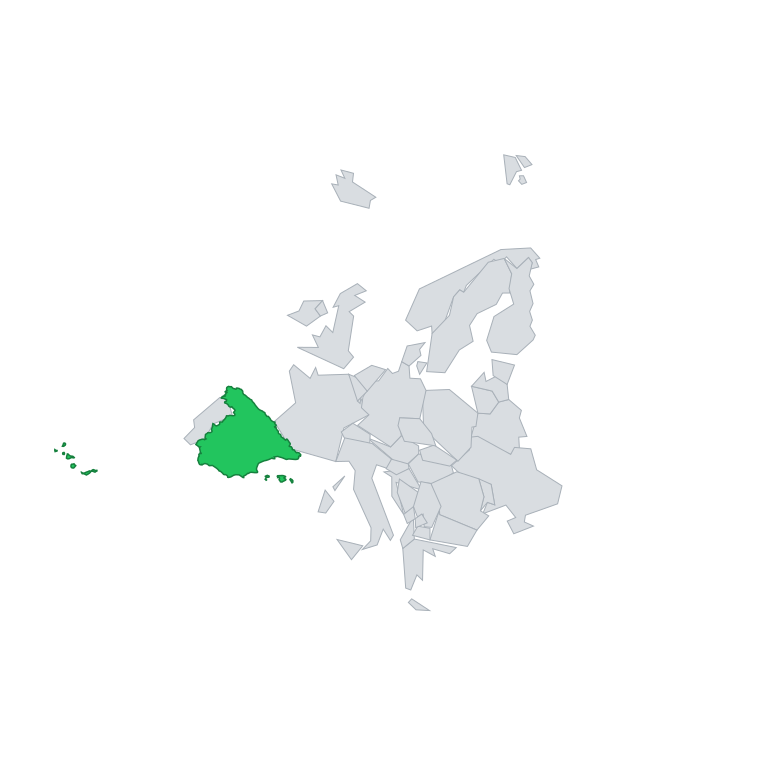 Spain highlighted on a map of Europe, rotated 40°
{"feature_id": "ESP", "entity_name": "Spain", "entity_type": "country or territory", "adm_level": 0, "iso_a3": "ESP", "parent_name": "Europe", "parent_adm1": "", "projection": "orthographic", "projection_center": [-5.186, 35.705], "detail": "fine", "context": "in_parent", "style": "filled", "palette": "green", "viewbox_px": 768, "rotation_deg": 40, "n_neighbors": 37, "source": "natural_earth", "source_scale": "50m", "svg_char_len": 13416}
<svg xmlns="http://www.w3.org/2000/svg" viewBox="0 0 768 768"><g transform="rotate(40 384 384)"><path d="M328.4,131.5L338.9,126.1L352.0,131.9L349.0,136.2L352.3,150.5L349.6,151.5L328.4,131.5ZM427.3,194.8L422.3,202.0L419.6,195.8L413.4,194.2L411.6,210.1L396.1,207.8L395.6,217.3L388.0,217.8L383.7,255.6L386.1,262.5L381.5,263.2L381.3,272.5L391.7,300.9L388.4,314.4L383.2,309.0L375.2,322.0L359.5,321.2L350.0,288.4L387.1,205.9L408.9,185.5L422.5,187.5L420.2,191.2L427.3,194.8ZM356.3,120.8L352.5,127.9L338.4,124.0L345.9,119.1L356.3,120.8ZM363.7,138.0L361.2,142.5L356.4,141.9L356.6,139.5L353.9,137.5L357.0,134.8L363.7,138.0Z" fill="#d9dde1" stroke="#a8b0b8" stroke-width="1"/><path d="M350.7,399.2L392.3,417.3L381.5,443.4L396.9,474.4L354.5,493.4L324.1,483.3L328.4,455.2L303.2,435.0L302.4,427.3L323.8,427.2L321.0,415.3L327.9,419.6L350.7,399.2ZM410.9,495.6L413.1,479.6L414.9,497.2L410.9,495.6Z" fill="#d9dde1" stroke="#a8b0b8" stroke-width="1"/><path d="M388.4,314.4L390.0,289.3L381.3,272.5L381.5,263.2L386.1,262.5L385.6,223.7L395.3,210.6L411.0,217.5L421.7,233.6L416.3,238.2L418.8,250.8L410.1,270.2L411.9,284.2L424.8,294.0L419.8,309.5L423.4,336.2L408.7,347.1L388.4,314.4Z" fill="#d9dde1" stroke="#a8b0b8" stroke-width="1"/><path d="M489.5,315.7L506.2,315.9L509.5,323.0L527.2,332.3L521.4,338.1L529.0,346.2L526.3,356.5L484.7,368.8L474.7,346.0L484.5,338.7L483.5,324.1L489.5,315.7Z" fill="#d9dde1" stroke="#a8b0b8" stroke-width="1"/><path d="M580.2,399.5L589.8,396.8L579.7,415.3L566.5,409.8L570.7,401.6L555.2,398.4L543.1,419.9L539.3,408.2L546.5,405.4L530.6,392.0L508.6,404.4L488.2,403.2L491.8,379.5L484.7,368.8L489.5,363.8L526.3,356.5L524.7,348.7L538.1,339.3L556.1,351.6L585.8,347.6L594.0,364.2L576.7,393.6L580.2,399.5Z" fill="#d9dde1" stroke="#a8b0b8" stroke-width="1"/><path d="M474.7,346.0L481.7,357.4L479.1,360.5L491.3,376.5L490.3,395.7L443.2,392.9L422.3,369.7L420.3,361.9L437.6,346.2L474.7,346.0Z" fill="#d9dde1" stroke="#a8b0b8" stroke-width="1"/><path d="M455.5,415.2L453.2,431.7L444.2,436.4L405.8,436.0L429.5,428.0L430.5,412.5L450.3,409.2L455.5,415.2Z" fill="#d9dde1" stroke="#a8b0b8" stroke-width="1"/><path d="M488.2,403.2L494.2,407.4L488.8,426.7L473.0,437.2L454.0,429.6L455.5,415.2L488.2,403.2Z" fill="#d9dde1" stroke="#a8b0b8" stroke-width="1"/><path d="M517.6,395.7L530.6,392.0L546.5,405.4L539.3,408.2L539.4,419.2L533.1,406.2L517.6,395.7Z" fill="#d9dde1" stroke="#a8b0b8" stroke-width="1"/><path d="M539.4,419.2L549.0,417.7L549.1,436.2L510.7,448.3L484.0,430.1L496.2,404.4L517.6,395.7L533.1,406.2L539.4,419.2Z" fill="#d9dde1" stroke="#a8b0b8" stroke-width="1"/><path d="M483.5,324.1L484.5,338.7L474.7,346.0L452.5,329.5L471.4,319.9L483.5,324.1Z" fill="#d9dde1" stroke="#a8b0b8" stroke-width="1"/><path d="M478.6,305.2L489.5,315.7L483.5,324.1L471.4,319.9L452.5,329.5L453.2,310.7L460.5,316.5L465.6,304.3L478.6,305.2Z" fill="#d9dde1" stroke="#a8b0b8" stroke-width="1"/><path d="M471.8,285.6L478.6,305.2L462.2,307.4L451.0,295.9L471.8,285.6Z" fill="#d9dde1" stroke="#a8b0b8" stroke-width="1"/><path d="M420.3,361.9L433.7,387.6L417.8,399.8L430.5,412.5L429.5,428.0L390.4,432.6L392.3,417.3L382.0,416.7L376.2,407.5L373.0,389.6L377.9,385.0L376.9,369.7L383.7,370.5L386.9,364.9L383.2,355.5L391.6,354.1L400.1,362.9L408.6,356.6L420.3,361.9Z" fill="#d9dde1" stroke="#a8b0b8" stroke-width="1"/><path d="M507.3,444.7L510.7,448.3L549.1,436.2L552.3,454.8L519.4,473.9L507.3,444.7Z" fill="#d9dde1" stroke="#a8b0b8" stroke-width="1"/><path d="M564.5,528.3L553.7,536.4L543.1,535.7L543.3,530.8L564.5,528.3ZM506.9,483.3L544.5,462.9L543.4,471.8L527.2,478.9L534.1,483.1L520.7,485.9L539.7,509.6L531.9,509.1L536.9,524.6L531.8,526.4L504.1,497.9L506.9,483.3Z" fill="#d9dde1" stroke="#a8b0b8" stroke-width="1"/><path d="M506.9,483.3L504.1,497.9L496.6,492.9L491.7,466.7L506.9,483.3Z" fill="#d9dde1" stroke="#a8b0b8" stroke-width="1"/><path d="M457.5,432.7L481.2,440.9L456.5,451.6L482.9,471.3L462.1,464.9L449.7,450.2L440.5,451.4L457.5,432.7Z" fill="#d9dde1" stroke="#a8b0b8" stroke-width="1"/><path d="M405.8,431.5L413.5,441.6L392.2,452.4L382.1,448.2L385.3,434.1L405.8,431.5Z" fill="#d9dde1" stroke="#a8b0b8" stroke-width="1"/><path d="M374.4,408.1L378.2,414.3L374.6,414.1L374.4,408.1Z" fill="#d9dde1" stroke="#a8b0b8" stroke-width="1"/><path d="M375.8,400.3L374.6,414.1L350.7,399.2L366.8,394.2L375.8,400.3Z" fill="#d9dde1" stroke="#a8b0b8" stroke-width="1"/><path d="M376.0,372.0L375.8,400.3L355.8,396.6L362.6,377.6L376.0,372.0Z" fill="#d9dde1" stroke="#a8b0b8" stroke-width="1"/><path d="M266.9,499.8L273.3,495.7L288.3,505.8L278.7,524.6L282.3,541.6L274.8,555.0L265.8,554.3L266.9,539.1L261.2,533.8L266.9,499.8Z" fill="#d9dde1" stroke="#a8b0b8" stroke-width="1"/><path d="M291.6,372.8L287.4,389.5L265.9,393.4L271.9,382.7L269.2,372.0L283.3,359.6L282.9,370.7L291.6,372.8Z" fill="#d9dde1" stroke="#a8b0b8" stroke-width="1"/><path d="M413.2,437.2L438.1,436.8L441.4,446.3L430.2,450.7L435.2,464.0L488.5,493.8L489.4,499.7L476.7,495.7L482.2,511.7L473.8,524.7L474.6,512.7L466.5,502.5L428.4,484.3L417.6,468.9L406.8,465.7L396.9,474.4L388.6,450.5L413.2,437.2ZM448.0,533.3L471.7,521.6L472.0,539.5L448.0,533.3ZM407.1,503.1L421.1,506.0L422.3,520.3L415.7,524.3L407.1,503.1Z" fill="#d9dde1" stroke="#a8b0b8" stroke-width="1"/><path d="M391.6,354.1L383.2,355.5L377.3,340.0L388.8,325.9L389.0,334.6L393.9,338.3L391.6,354.1ZM403.3,340.3L405.1,353.7L397.4,349.1L395.5,345.1L403.3,340.3Z" fill="#d9dde1" stroke="#a8b0b8" stroke-width="1"/><path d="M291.6,372.8L282.9,370.7L283.3,359.6L295.1,365.7L291.6,372.8ZM311.7,377.5L299.0,353.1L295.7,357.9L292.4,342.8L299.1,324.2L310.5,324.0L304.6,335.0L316.9,333.4L310.8,351.0L317.1,351.5L335.3,381.5L343.4,383.0L343.3,398.2L294.0,411.6L310.2,398.2L297.6,392.4L304.6,389.1L302.1,376.7L311.7,377.5Z" fill="#d9dde1" stroke="#a8b0b8" stroke-width="1"/><path d="M257.7,246.2L255.6,252.1L259.6,259.0L233.2,271.8L215.3,264.3L221.0,261.0L212.8,254.6L221.8,251.6L213.5,247.7L225.2,242.2L230.0,249.5L257.7,246.2Z" fill="#d9dde1" stroke="#a8b0b8" stroke-width="1"/><path d="M438.1,436.8L454.0,429.6L457.5,432.7L451.8,445.6L440.0,447.5L438.1,436.8Z" fill="#d9dde1" stroke="#a8b0b8" stroke-width="1"/><path d="M419.6,195.8L425.8,207.9L434.7,211.3L435.9,218.8L446.5,226.6L448.9,234.8L456.6,239.7L458.7,246.0L468.5,249.4L469.9,254.4L466.9,276.1L445.8,290.5L434.6,284.6L424.9,261.6L432.0,239.4L418.5,230.6L411.0,217.5L395.3,210.6L411.6,210.1L413.4,194.2L419.6,195.8Z" fill="#d9dde1" stroke="#a8b0b8" stroke-width="1"/><path d="M488.7,395.5L487.2,404.6L462.6,417.6L453.8,411.8L461.6,398.6L488.7,395.5Z" fill="#d9dde1" stroke="#a8b0b8" stroke-width="1"/><path d="M433.7,387.6L452.3,391.4L463.5,398.1L436.4,414.8L421.5,406.9L417.8,399.8L433.7,387.6Z" fill="#d9dde1" stroke="#a8b0b8" stroke-width="1"/><path d="M483.2,469.4L463.8,458.5L456.9,446.9L482.2,444.8L486.9,458.1L483.2,469.4Z" fill="#d9dde1" stroke="#a8b0b8" stroke-width="1"/><path d="M512.0,465.0L519.4,473.9L503.1,481.6L501.2,471.2L512.0,465.0Z" fill="#d9dde1" stroke="#a8b0b8" stroke-width="1"/><path d="M475.1,435.0L484.0,430.1L506.4,441.1L512.7,463.2L506.5,467.5L497.6,458.5L495.1,464.4L485.4,459.0L475.1,435.0Z" fill="#d9dde1" stroke="#a8b0b8" stroke-width="1"/><path d="M494.5,467.1L491.5,475.9L482.9,471.3L485.4,459.0L494.5,467.1Z" fill="#d9dde1" stroke="#a8b0b8" stroke-width="1"/><path d="M500.6,473.7L494.5,467.1L496.5,459.4L506.4,462.6L500.6,473.7Z" fill="#d9dde1" stroke="#a8b0b8" stroke-width="1"/><path d="M325.0,483.4L325.0,483.8L325.4,484.3L325.7,484.5L326.4,484.7L327.6,484.8L328.1,485.1L328.2,485.6L328.1,486.1L327.6,487.0L327.8,487.2L328.1,487.3L328.5,487.3L328.9,486.6L329.1,486.6L329.1,486.8L329.2,487.0L330.1,487.4L332.1,488.1L333.4,488.1L333.6,488.5L334.9,489.6L335.8,489.6L336.4,489.4L336.9,489.2L337.2,489.2L338.0,489.6L338.5,490.0L339.0,490.4L339.3,490.6L341.2,490.1L341.7,490.4L342.7,490.3L343.8,490.4L344.7,490.3L344.8,490.1L344.8,489.1L344.9,488.7L345.1,488.6L345.6,488.6L347.6,489.1L349.3,489.7L350.0,489.7L350.4,489.9L351.1,490.9L351.1,491.4L351.2,491.9L351.2,492.3L351.4,492.6L352.1,492.5L353.4,491.7L354.7,492.1L355.3,492.4L355.8,493.1L356.2,493.1L356.7,492.8L357.5,492.3L360.5,492.9L361.1,492.9L361.2,492.3L361.5,492.1L362.4,491.8L362.9,491.5L363.5,491.3L365.0,491.6L365.5,491.6L365.8,492.2L366.2,492.4L366.4,493.0L365.7,493.4L365.3,493.5L365.3,494.5L365.5,494.8L366.0,495.0L366.1,495.3L366.3,496.8L365.6,497.8L364.5,498.9L359.2,502.6L358.0,504.2L357.6,504.6L353.4,505.9L350.6,507.2L349.2,507.7L347.5,509.6L346.8,510.4L347.4,510.6L348.3,511.4L348.0,511.8L346.9,512.5L346.5,512.7L346.2,512.6L345.9,512.7L344.2,516.1L342.7,518.5L341.8,519.5L340.9,521.1L339.0,525.0L339.0,526.2L340.3,530.0L340.9,531.0L341.8,531.8L343.5,532.4L343.9,533.1L343.4,533.8L341.8,535.1L339.1,536.9L338.0,538.2L337.8,539.5L337.0,540.1L336.8,541.8L336.4,543.0L336.3,543.4L335.8,544.3L335.8,544.9L336.7,545.8L336.3,546.2L335.8,546.3L331.5,546.7L328.8,548.7L327.5,550.5L326.4,553.6L325.0,555.5L324.3,555.9L323.3,555.1L322.0,555.0L320.8,555.3L320.1,556.0L319.1,556.4L318.1,556.1L315.9,556.0L315.0,556.0L313.5,556.6L312.2,556.2L310.0,556.1L305.3,556.6L304.7,556.8L304.1,557.5L302.6,558.9L300.3,558.9L298.3,559.8L297.7,560.3L296.9,561.9L296.6,563.0L296.4,563.0L296.2,562.7L295.9,562.8L295.7,563.6L294.9,564.0L294.3,564.1L292.7,563.4L291.3,562.4L290.6,562.3L289.5,560.7L289.0,559.7L288.7,558.6L288.8,558.2L288.7,557.9L287.7,557.4L287.4,556.4L288.2,555.1L288.8,554.6L289.1,554.4L288.2,554.5L287.6,555.3L286.8,553.9L283.4,551.3L283.6,550.7L283.6,550.4L283.0,551.0L282.6,551.2L280.9,551.1L278.8,551.3L278.2,547.6L278.1,546.9L278.7,545.4L279.2,544.7L280.0,543.4L281.0,542.4L282.4,542.0L282.7,541.1L283.0,540.4L282.8,540.4L281.7,540.5L279.7,537.4L279.8,536.9L280.1,536.2L280.3,535.3L280.3,534.6L280.8,534.0L281.7,533.4L282.4,532.6L282.7,531.7L282.8,531.0L282.4,530.4L281.3,530.1L280.3,527.8L280.0,526.5L279.1,525.7L278.4,524.3L279.1,524.1L281.9,524.1L282.6,523.8L283.1,522.9L283.7,521.4L283.9,520.5L283.7,520.1L282.8,519.1L282.7,518.9L282.9,518.4L284.2,517.4L284.6,517.0L284.5,516.6L284.3,516.3L284.3,515.9L284.5,515.5L284.5,514.0L284.6,513.6L284.5,512.3L284.4,511.2L283.8,509.7L283.9,509.4L284.2,509.2L285.1,508.7L285.8,507.5L286.8,506.6L288.2,505.8L289.1,505.0L289.5,504.3L289.8,504.1L289.5,503.4L289.0,502.9L288.3,502.7L287.6,502.7L287.1,502.6L287.0,502.2L287.0,501.3L287.0,500.4L286.9,500.0L286.5,499.7L285.8,499.7L285.2,499.5L284.8,499.4L284.5,499.6L283.2,499.5L282.2,499.2L282.0,499.3L281.8,499.4L281.7,500.1L281.2,500.4L280.1,500.7L279.2,500.7L278.4,500.4L277.8,500.1L276.1,500.2L275.9,500.1L274.5,500.8L274.0,500.8L273.9,500.7L273.5,499.9L273.6,499.5L274.3,498.6L274.2,498.3L274.0,498.0L273.7,497.5L273.7,497.3L273.2,497.2L272.8,497.5L270.6,498.1L269.8,498.5L269.0,499.2L268.4,499.4L268.2,499.1L268.2,497.4L269.2,496.3L269.9,495.6L269.6,495.5L268.9,495.5L268.9,495.0L269.3,494.7L269.6,494.1L269.3,493.9L269.0,493.5L269.0,492.5L269.1,492.1L269.1,491.6L267.6,492.2L267.3,492.1L267.3,491.3L268.1,490.2L268.2,489.9L267.3,489.7L266.7,489.1L266.3,488.6L265.9,487.9L265.9,487.2L266.4,485.8L267.7,485.1L268.9,484.1L270.5,484.4L271.6,484.2L272.5,483.7L273.0,483.6L273.9,483.2L273.9,482.5L273.6,482.1L273.9,481.6L275.9,480.5L277.1,480.4L278.4,479.8L279.2,480.2L279.9,480.1L280.7,480.6L281.7,481.7L283.3,482.2L284.6,481.8L286.8,481.8L287.9,482.0L289.9,481.7L291.1,481.8L292.9,481.3L294.3,482.0L297.1,482.3L298.8,482.9L303.4,483.8L305.1,483.8L307.4,483.2L308.4,482.8L309.3,483.0L310.6,482.6L311.3,482.6L312.1,483.3L315.1,484.1L315.9,483.3L316.4,483.2L318.6,483.6L320.7,484.4L321.8,484.4L323.5,484.1L325.0,483.4ZM367.7,520.2L368.6,520.5L369.4,520.1L369.8,520.1L370.3,520.3L370.4,520.9L370.1,521.7L369.7,522.6L369.3,523.4L369.0,524.5L368.3,525.1L367.6,525.5L366.1,524.9L365.2,524.8L365.0,524.5L364.7,523.5L364.3,523.2L363.7,523.0L363.2,523.4L362.7,524.0L362.3,523.4L361.7,523.4L361.5,523.1L361.5,522.6L364.7,519.7L365.6,519.0L367.6,518.2L368.0,518.3L367.7,518.7L367.8,518.9L368.1,519.0L368.0,519.4L367.8,519.6L367.7,520.2ZM191.8,641.3L190.8,643.6L190.0,644.5L189.5,644.8L188.4,644.9L187.3,643.2L186.7,641.6L186.4,641.1L187.0,640.7L187.9,640.9L189.8,640.8L190.1,640.7L192.1,639.4L194.0,639.4L194.0,639.9L191.8,641.3ZM211.9,645.6L210.5,646.7L209.2,646.3L209.0,646.1L210.3,645.9L211.6,645.1L212.5,643.1L213.8,640.9L214.1,640.0L214.6,639.7L215.3,639.7L215.5,639.8L215.8,640.3L215.7,641.5L215.2,643.3L214.5,645.0L211.9,645.6ZM200.4,644.7L200.3,645.6L200.4,646.4L200.3,647.7L199.8,648.3L198.5,648.9L197.6,648.7L197.1,648.3L196.3,647.1L196.4,646.0L197.3,645.3L197.8,644.4L199.9,644.8L200.3,644.6L200.4,644.7ZM217.0,638.0L216.3,638.7L215.6,638.4L216.1,636.8L216.4,636.4L217.8,635.9L218.9,635.7L219.2,635.0L219.6,634.7L220.0,635.2L219.7,635.7L219.3,637.2L218.6,637.6L217.0,638.0ZM377.2,518.7L377.0,518.9L374.4,517.9L373.5,517.8L373.3,517.6L373.3,516.7L375.0,516.4L376.4,516.7L377.3,517.9L377.3,518.1L377.2,518.7ZM177.9,638.3L177.6,638.4L177.5,637.5L176.6,635.3L177.4,634.4L178.6,634.6L179.0,635.3L179.1,636.0L178.9,636.3L178.8,637.1L178.7,637.6L177.9,638.3ZM354.3,530.7L354.0,531.4L352.7,531.2L352.4,531.0L352.7,530.2L353.0,530.1L353.0,529.6L353.3,529.0L355.1,528.4L355.6,528.8L355.7,529.3L354.7,530.5L354.3,530.7ZM183.4,644.2L183.1,644.2L182.6,643.9L182.2,643.0L182.6,642.4L182.9,642.1L183.4,642.2L184.1,642.8L184.3,643.3L184.3,643.6L183.4,644.2ZM176.6,645.6L175.5,647.2L174.4,646.4L174.2,646.2L174.0,645.8L175.1,645.8L176.3,645.1L176.6,645.6ZM355.7,533.3L355.6,533.5L355.0,533.4L354.2,533.4L354.1,533.0L354.3,532.3L354.9,532.9L355.7,533.0L355.7,533.3Z" fill="#22c55e" stroke="#15803d" stroke-width="1.5"/></g></svg>